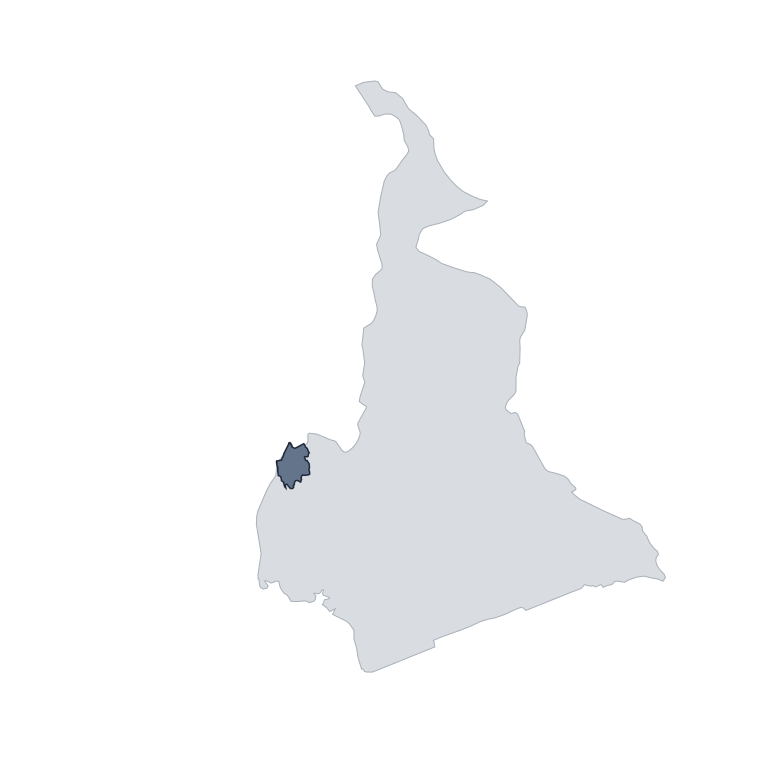 Menchum, Nord-Ouest, Cameroon shown in context, rotated 338°
{"feature_id": "32672807B61384913593218", "entity_name": "Menchum", "entity_type": "district", "adm_level": 2, "iso_a3": "CMR", "parent_name": "Cameroon", "parent_adm1": "Nord-Ouest", "projection": "mercator", "projection_center": [10.029, 6.605], "detail": "fine", "context": "in_parent", "style": "filled", "palette": "slate", "viewbox_px": 768, "rotation_deg": 338, "n_neighbors": 0, "source": "geoboundaries", "source_scale": "gbopen_adm2", "svg_char_len": 5678}
<svg xmlns="http://www.w3.org/2000/svg" viewBox="0 0 768 768"><g transform="rotate(338 384 384)"><path d="M194.3,517.4L195.7,513.6L206.5,495.3L213.2,466.0L216.3,459.2L219.4,454.6L235.1,439.0L240.9,434.0L249.4,428.4L255.4,416.9L257.4,415.7L260.1,414.7L273.5,405.0L274.7,406.9L275.6,409.2L276.6,410.3L281.0,411.0L287.0,411.0L290.4,410.3L292.2,408.3L294.1,403.0L295.2,401.9L296.6,401.7L303.1,405.4L313.9,416.1L316.7,417.9L317.9,420.0L320.2,429.7L321.5,432.1L323.9,433.1L328.1,432.4L332.4,430.7L336.3,428.3L340.1,425.1L342.6,422.2L343.8,420.0L344.3,412.1L345.2,410.4L359.2,399.0L358.9,397.9L356.6,394.7L354.5,391.1L356.6,387.5L358.8,384.7L366.9,375.2L367.4,368.2L373.9,357.4L377.7,343.0L377.8,340.3L386.3,324.5L395.2,323.0L398.6,320.8L402.6,316.9L405.2,313.3L406.4,309.8L407.3,303.1L408.8,295.4L409.8,288.7L412.5,282.5L417.0,279.4L424.8,276.8L425.9,275.5L427.1,271.4L428.2,257.7L429.5,251.6L436.7,244.8L439.9,234.0L442.7,222.8L451.0,209.2L460.5,195.6L465.0,191.9L468.8,190.3L473.1,190.1L476.0,189.1L486.4,182.3L490.7,180.0L493.9,177.7L494.6,175.6L494.9,172.6L494.0,165.6L495.7,160.5L496.8,152.5L497.2,146.2L496.9,144.1L494.9,140.5L491.8,136.6L486.7,134.2L479.5,133.6L475.8,132.2L474.4,125.0L473.9,120.5L469.1,96.7L478.1,96.7L489.0,99.6L491.7,101.7L493.1,109.9L497.0,114.5L503.9,118.3L508.2,126.2L509.9,138.0L513.7,145.1L514.5,146.3L519.9,159.7L520.2,165.8L519.7,170.0L521.9,175.2L518.6,184.0L517.6,189.4L517.3,196.9L519.3,210.3L522.4,220.6L525.9,228.9L529.6,235.3L535.8,242.5L542.4,249.0L548.5,253.1L542.8,255.5L531.8,255.8L525.5,254.4L522.4,254.3L519.4,255.2L507.6,256.4L495.8,255.8L484.8,254.2L478.1,254.5L472.9,258.4L468.7,264.4L464.8,269.1L466.2,274.3L469.1,277.2L474.8,283.5L479.9,289.6L482.5,293.8L492.7,302.8L502.5,310.8L507.2,313.6L508.9,314.2L514.2,318.8L521.6,326.4L528.4,338.3L537.9,362.0L540.0,363.9L543.3,365.2L543.7,367.7L543.4,371.4L542.4,374.4L534.7,386.8L528.1,391.6L526.1,394.5L523.7,401.6L517.5,415.7L515.0,417.6L508.9,427.2L504.1,439.2L502.8,441.0L500.8,442.5L493.8,445.5L491.5,446.9L487.9,450.7L487.4,453.1L489.1,456.5L491.0,459.2L494.7,459.3L496.7,461.8L496.7,480.4L495.0,483.2L495.1,484.4L494.3,487.6L494.0,491.2L494.5,492.6L496.0,493.7L497.9,496.2L498.9,501.9L501.3,521.9L502.4,525.1L504.4,527.3L510.5,531.6L517.0,537.3L519.0,541.0L520.2,547.0L522.7,551.8L522.6,553.4L521.6,554.0L517.6,554.4L518.9,557.9L522.2,563.9L538.7,582.4L554.5,598.9L558.2,600.1L561.0,600.4L562.2,601.4L563.6,603.8L568.9,609.8L569.8,613.3L568.7,616.6L569.9,621.7L570.8,623.6L570.5,625.3L571.0,631.5L572.5,637.0L574.9,641.7L574.5,645.0L571.5,646.8L569.7,649.8L569.2,654.1L570.1,659.3L572.5,665.4L572.5,668.9L568.7,671.3L564.5,667.2L559.8,664.3L552.8,659.4L545.8,657.7L536.7,657.3L532.7,657.9L526.0,654.0L523.8,653.4L520.8,655.1L518.7,655.1L516.1,654.5L511.0,654.6L510.5,651.7L509.6,651.2L504.0,651.4L502.3,649.1L501.5,649.3L499.3,648.6L494.8,645.2L490.1,647.5L480.2,647.2L430.7,647.1L429.5,644.0L427.0,642.4L422.6,642.2L409.4,642.9L399.3,642.4L392.6,641.1L384.2,640.4L373.8,641.0L363.1,640.9L344.1,640.1L333.6,640.2L333.9,642.1L333.2,643.5L332.6,646.8L265.3,646.8L259.9,644.5L258.2,643.1L257.7,640.3L256.4,640.0L257.4,628.2L259.7,618.5L260.6,609.4L263.8,601.3L262.1,593.3L260.2,589.7L250.0,578.4L254.6,574.1L248.5,574.7L247.2,570.4L244.2,565.3L246.0,564.5L247.8,561.7L253.3,562.6L253.2,561.2L248.4,557.0L248.8,554.8L250.8,552.4L249.8,551.4L246.4,553.9L243.9,553.8L242.0,552.2L240.6,551.9L241.4,555.2L239.5,558.1L237.7,559.1L234.5,559.0L232.0,558.2L231.3,556.6L228.9,555.3L222.1,553.2L216.4,550.7L215.3,543.7L213.0,540.7L212.1,537.3L211.6,533.5L212.4,527.5L210.9,526.6L209.3,526.3L206.8,526.5L204.6,526.2L201.9,522.9L199.5,521.7L201.0,527.7L199.3,529.4L195.2,528.9L193.5,526.6L193.1,524.9L195.0,517.6L194.3,517.4Z" fill="#d9dde1" stroke="#a8b0b8" stroke-width="1"/><path d="M288.9,419.8L288.8,419.3L288.6,417.9L288.7,415.1L287.6,412.8L287.6,410.9L287.3,409.3L286.1,409.4L285.8,409.4L284.9,409.6L284.7,409.6L283.9,409.6L283.5,409.7L279.8,410.1L277.2,410.3L277.0,410.1L275.1,407.8L275.1,407.5L275.3,407.5L275.3,407.1L275.6,406.4L275.4,406.2L275.4,405.4L275.2,405.4L275.0,405.1L275.0,404.9L274.9,404.7L275.0,404.4L275.3,404.1L275.3,403.9L275.2,403.8L274.8,403.8L274.7,403.8L274.7,403.5L274.8,403.1L274.4,402.9L274.1,402.8L273.2,403.7L273.1,404.0L272.5,404.4L272.2,404.8L270.8,406.0L270.3,406.4L270.2,406.6L269.1,407.5L268.5,408.1L267.5,408.8L266.9,409.8L266.5,409.9L266.3,410.0L265.0,411.1L264.2,412.5L263.6,413.0L262.5,414.1L262.3,414.2L261.4,415.1L260.9,415.8L260.3,416.4L259.8,416.2L259.3,415.8L257.5,415.7L257.2,415.7L256.9,415.4L256.7,415.6L256.2,415.6L256.1,415.4L255.9,415.3L255.6,415.1L255.3,415.5L255.1,416.3L254.8,416.8L255.1,417.1L255.1,417.4L254.6,417.9L254.5,418.2L254.4,419.1L254.2,419.7L254.4,420.2L254.2,420.5L254.4,421.3L254.2,421.5L254.3,421.8L254.2,422.2L254.1,422.3L253.9,422.3L253.7,422.5L253.6,422.9L253.4,423.5L253.4,423.8L252.9,424.8L252.6,426.4L252.3,426.9L252.3,427.0L251.9,428.8L251.8,429.1L251.7,429.3L251.9,429.4L252.8,430.3L253.5,431.0L253.3,433.3L252.7,435.3L254.0,437.2L253.4,441.9L254.0,443.6L254.6,440.6L255.4,440.3L256.4,440.6L257.7,444.8L258.0,445.6L258.7,446.2L259.7,446.5L260.6,446.5L260.9,446.3L261.5,446.0L261.9,444.1L262.9,444.0L263.4,443.2L263.6,442.9L264.3,441.5L265.7,440.6L266.4,440.6L267.7,441.1L269.7,443.5L269.8,443.6L270.0,443.7L271.0,442.2L271.7,441.9L272.0,439.9L273.0,438.8L273.0,438.6L274.3,437.9L276.9,439.2L280.0,439.9L280.8,439.9L281.3,439.7L281.6,439.1L282.2,437.0L282.2,435.2L283.2,434.4L284.1,432.1L284.7,429.8L284.7,429.6L284.1,427.2L284.1,426.2L282.8,425.6L282.8,422.3L283.1,421.7L283.7,421.7L284.6,422.3L285.7,422.8L286.4,422.7L287.5,420.9L288.5,419.8L288.9,419.8Z" fill="#64748b" stroke="#1e293b" stroke-width="1.5"/></g></svg>